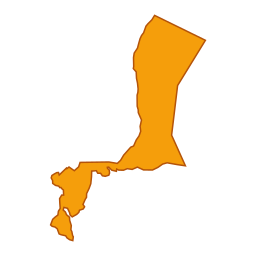 Ellikkala, Karakalpakstan, Uzbekistan (orthographic projection)
{"feature_id": "79887680B22143596455299", "entity_name": "Ellikkala", "entity_type": "district", "adm_level": 2, "iso_a3": "UZB", "parent_name": "Uzbekistan", "parent_adm1": "Karakalpakstan", "projection": "orthographic", "projection_center": [61.178, 42.212], "detail": "fine", "context": "isolated", "style": "filled", "palette": "amber", "viewbox_px": 256, "rotation_deg": 0, "n_neighbors": 0, "source": "geoboundaries", "source_scale": "gbopen_adm2", "svg_char_len": 1612}
<svg xmlns="http://www.w3.org/2000/svg" viewBox="0 0 256 256"><path d="M137.9,92.3L137.1,95.1L137.1,98.0L137.2,106.3L138.2,109.7L138.3,112.7L141.5,120.0L140.1,126.4L140.7,131.3L139.0,136.0L136.3,139.9L133.6,146.0L130.7,147.2L123.7,155.1L120.6,160.3L117.3,163.4L108.9,162.0L80.1,162.4L78.6,166.9L74.3,170.7L69.0,167.0L66.9,168.6L66.5,168.0L59.2,175.0L58.5,172.5L56.8,172.6L54.4,173.9L51.9,175.5L51.2,177.9L52.6,180.6L52.7,183.4L55.5,185.4L58.7,186.1L59.8,187.6L61.0,187.5L61.7,188.6L63.4,190.0L63.6,195.1L61.7,195.1L59.6,198.6L59.8,202.9L60.2,208.4L58.4,211.2L57.9,215.0L55.1,217.1L52.7,219.3L50.6,224.9L52.1,226.3L54.9,227.0L57.2,228.7L59.1,233.9L61.0,234.7L65.7,235.8L67.0,237.9L69.6,239.7L72.8,240.6L73.3,236.8L72.6,235.5L71.8,231.5L70.9,229.7L71.3,225.6L69.7,220.4L69.5,217.2L66.5,214.7L65.4,212.0L63.2,210.0L63.9,207.4L67.5,208.3L69.6,212.7L70.1,215.0L72.2,216.9L76.7,214.4L78.8,212.4L79.5,210.2L83.2,209.0L84.6,206.8L83.0,204.4L85.3,199.2L86.5,197.4L86.6,193.6L89.1,188.4L90.8,183.7L91.5,176.8L91.7,171.1L96.3,170.7L97.7,173.2L100.6,173.3L102.4,175.8L105.3,176.3L108.8,175.2L109.6,173.0L109.2,170.0L107.5,168.4L107.3,167.3L108.7,167.1L111.8,170.2L116.4,171.3L116.7,169.1L118.7,170.1L123.5,170.2L127.2,168.7L132.2,169.4L137.4,167.1L143.5,169.9L152.5,170.0L157.9,167.4L162.6,164.1L167.1,162.8L177.2,164.6L185.4,165.8L171.6,135.2L177.6,85.5L205.4,40.3L154.6,15.4L151.8,19.9L148.0,23.7L146.0,26.1L143.6,32.8L141.6,35.4L140.1,38.6L138.8,43.1L137.5,48.1L134.2,53.1L133.5,57.6L133.7,66.5L133.3,68.6L136.2,71.9L136.5,78.3L137.5,83.1L138.1,88.9L137.9,92.3Z" fill="#f59e0b" stroke="#b45309" stroke-width="1.5"/></svg>